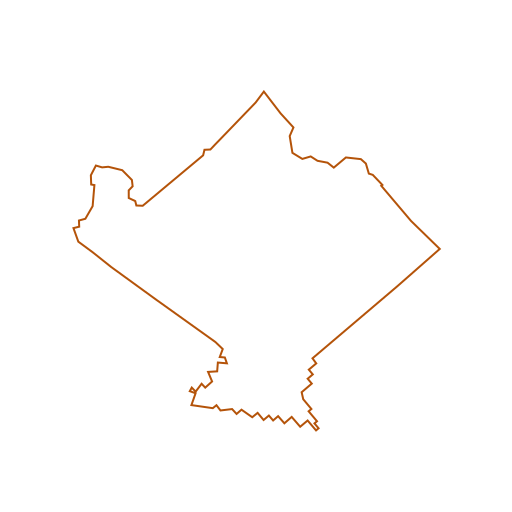 the district of Rapides, Louisiana, United States of America, rotated 230°
{"feature_id": "52423323B78580900034992", "entity_name": "Rapides", "entity_type": "district", "adm_level": 2, "iso_a3": "USA", "parent_name": "United States of America", "parent_adm1": "Louisiana", "projection": "natural_earth1", "projection_center": [-92.555, 31.204], "detail": "fine", "context": "isolated", "style": "outline", "palette": "amber", "viewbox_px": 512, "rotation_deg": 230, "n_neighbors": 0, "source": "geoboundaries", "source_scale": "gbopen_adm2", "svg_char_len": 1324}
<svg xmlns="http://www.w3.org/2000/svg" viewBox="0 0 512 512"><g transform="rotate(230 256 256)"><path d="M183.3,110.7L167.2,125.1L167.1,129.8L160.5,129.5L154.1,139.3L147.5,139.6L147.6,146.1L134.9,149.5L134.8,156.4L125.5,156.4L125.5,163.3L119.0,163.4L119.1,170.0L109.6,170.2L109.8,179.9L96.8,180.1L96.8,189.8L83.8,189.9L83.8,193.2L90.2,193.2L90.2,196.5L103.2,196.5L103.2,200.1L115.9,200.1L122.3,203.4L122.4,216.7L128.8,216.7L128.8,223.4L135.0,223.4L135.0,233.1L141.3,233.5L142.0,345.2L143.3,401.3L183.1,397.3L229.3,397.1L229.2,398.5L243.1,397.6L246.6,395.4L256.2,399.6L262.8,398.6L273.7,388.2L273.7,372.4L281.5,370.8L289.4,364.3L297.1,361.9L300.6,353.9L311.6,350.2L326.2,358.9L330.4,367.3L349.4,366.5L376.9,367.7L373.8,354.4L369.7,315.7L367.7,296.5L366.9,289.5L370.5,284.8L367.1,280.2L367.3,201.5L371.6,196.8L375.7,198.8L382.2,195.8L388.1,200.7L388.7,206.3L394.0,209.8L407.7,208.7L419.3,200.2L422.8,195.1L428.2,191.5L424.0,181.4L416.7,175.7L414.2,177.8L399.2,162.9L394.2,149.2L397.0,143.2L392.1,139.4L394.7,134.1L381.2,129.1L363.8,133.3L340.6,138.0L286.1,151.6L285.0,151.9L216.2,169.6L206.1,170.7L201.9,163.3L198.3,166.9L192.5,164.7L198.9,158.3L192.6,152.1L198.0,144.8L188.1,141.7L187.8,132.5L193.1,132.2L190.9,122.6L196.5,122.2L195.0,118.4L189.7,121.5L183.3,110.7Z" fill="none" stroke="#b45309" stroke-width="2"/></g></svg>